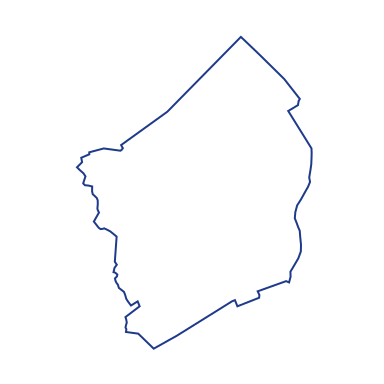 Kulaijaya, Johor, Malaysia (orthographic projection), rotated 95°
{"feature_id": "92858781B77755411745481", "entity_name": "Kulaijaya", "entity_type": "district", "adm_level": 2, "iso_a3": "MYS", "parent_name": "Malaysia", "parent_adm1": "Johor", "projection": "orthographic", "projection_center": [103.587, 1.669], "detail": "fine", "context": "isolated", "style": "outline", "palette": "blue", "viewbox_px": 384, "rotation_deg": 95, "n_neighbors": 0, "source": "geoboundaries", "source_scale": "gbopen_adm2", "svg_char_len": 1413}
<svg xmlns="http://www.w3.org/2000/svg" viewBox="0 0 384 384"><g transform="rotate(95 192 192)"><path d="M32.6,156.3L114.2,223.6L151.4,266.7L153.0,265.7L154.3,264.7L156.1,265.7L157.1,266.9L156.3,283.7L161.4,297.8L163.4,297.6L167.5,305.3L171.9,304.1L177.4,308.7L180.0,305.6L182.8,301.8L185.7,299.5L192.2,301.0L193.0,301.1L194.6,299.2L194.6,295.7L195.2,291.9L200.0,291.6L202.8,290.7L206.2,286.4L208.5,285.2L212.5,284.8L216.8,284.8L218.4,284.2L220.6,282.9L230.0,287.2L235.7,281.9L236.9,279.9L236.7,278.5L235.9,276.2L237.1,273.0L238.3,270.1L239.9,267.7L243.0,263.2L268.2,262.8L271.0,260.6L274.4,262.6L278.7,263.2L279.1,261.4L280.7,259.2L282.6,259.4L284.8,261.2L286.8,260.6L289.3,259.2L290.7,257.8L293.9,256.5L297.4,251.1L300.4,249.6L304.1,248.2L306.7,246.2L310.4,242.9L305.7,236.6L310.4,234.2L322.4,247.4L324.8,246.4L327.8,245.6L330.7,246.2L332.9,246.4L334.5,245.4L337.2,245.6L337.8,233.2L351.4,216.5L340.5,200.5L336.8,195.0L297.4,142.6L296.0,139.8L301.9,136.8L291.5,115.9L288.7,115.9L285.2,117.9L272.6,90.5L273.6,87.4L267.8,86.4L262.8,87.0L258.3,84.8L248.8,80.3L241.8,78.4L235.2,78.8L227.2,80.3L221.2,81.3L217.7,83.2L213.6,85.1L209.2,87.3L203.1,87.3L196.2,86.1L190.1,82.9L181.6,79.1L176.8,76.9L171.7,75.3L167.3,76.5L159.7,75.9L154.0,75.6L147.6,75.9L142.6,76.2L138.1,76.8L102.9,103.2L96.2,94.0L92.1,93.7L89.9,92.7L71.4,110.0L49.1,137.0L33.4,156.6L32.6,156.3Z" fill="none" stroke="#1e3a8a" stroke-width="2"/></g></svg>